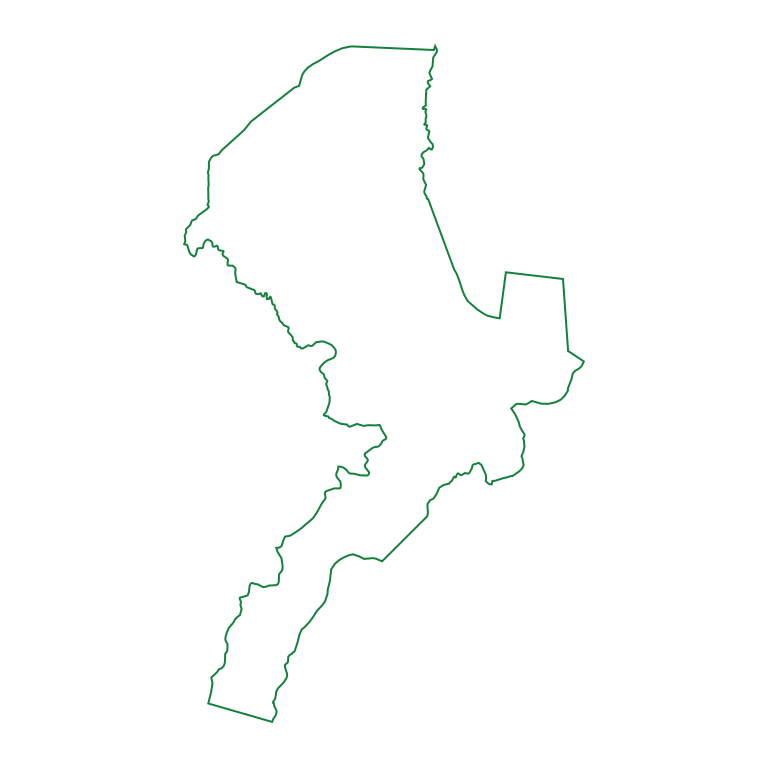 Marcala, La Paz, Honduras
{"feature_id": "27666195B78924696380449", "entity_name": "Marcala", "entity_type": "district", "adm_level": 2, "iso_a3": "HND", "parent_name": "Honduras", "parent_adm1": "La Paz", "projection": "robinson", "projection_center": [-88.047, 14.123], "detail": "fine", "context": "isolated", "style": "outline", "palette": "green", "viewbox_px": 768, "rotation_deg": 0, "n_neighbors": 0, "source": "geoboundaries", "source_scale": "gbopen_adm2", "svg_char_len": 6099}
<svg xmlns="http://www.w3.org/2000/svg" viewBox="0 0 768 768"><path d="M184.2,244.2L186.7,244.8L187.3,245.4L189.2,251.6L190.5,254.1L193.8,256.4L194.8,256.1L196.0,254.4L197.0,249.5L198.0,248.3L202.5,248.0L203.1,247.4L203.6,243.8L205.0,241.4L206.8,239.8L208.4,239.7L211.7,241.6L212.3,243.2L212.6,245.8L213.3,246.7L214.5,246.7L216.9,245.7L217.7,246.6L218.0,249.0L218.9,250.1L223.4,251.1L223.5,252.1L222.6,253.4L222.5,254.3L223.2,255.7L227.7,258.9L228.0,260.4L227.5,263.4L227.6,264.7L228.1,265.5L232.9,265.7L235.4,268.2L235.6,270.1L235.2,271.9L235.4,275.1L236.7,282.0L245.3,284.7L246.3,286.6L247.3,287.4L254.3,290.1L254.9,290.9L255.2,292.5L256.0,293.8L258.1,294.1L260.9,293.4L261.9,295.8L262.7,296.4L263.9,296.3L265.1,293.2L266.3,293.1L267.0,294.3L266.6,296.4L267.0,299.1L269.0,298.9L270.1,296.8L270.9,297.3L272.4,303.7L272.7,304.3L274.0,304.6L274.6,305.3L274.9,308.6L277.3,311.7L277.5,312.8L276.9,314.2L278.7,316.5L278.8,318.1L279.6,320.3L280.6,321.6L282.2,322.9L283.7,325.1L288.4,327.2L288.7,328.5L288.1,330.5L288.2,332.1L292.6,337.1L292.9,340.6L293.8,341.3L294.5,342.9L295.9,343.3L296.7,344.0L296.8,345.7L297.3,346.6L299.8,346.9L301.1,348.3L302.6,348.6L307.8,345.5L308.8,345.3L310.7,346.1L312.5,345.6L316.1,342.2L322.0,341.4L323.5,341.5L326.2,342.5L331.5,344.9L334.8,348.7L335.8,350.6L335.8,353.4L335.2,355.7L334.1,357.2L332.8,358.2L327.7,360.2L324.2,362.6L321.5,365.5L319.8,367.8L319.5,368.8L319.8,370.2L320.8,371.9L323.8,374.2L324.7,377.9L327.4,380.9L326.1,384.0L327.5,387.6L327.5,388.9L328.9,391.4L328.9,394.5L329.7,396.8L329.6,401.5L329.1,403.7L326.6,411.1L325.5,413.0L324.1,414.1L323.9,415.2L325.2,415.9L328.5,416.5L329.0,417.9L332.1,419.2L334.6,421.0L340.7,423.8L347.2,424.6L347.9,425.9L349.2,426.6L350.3,426.6L356.9,423.9L363.6,425.9L368.2,425.2L375.4,425.4L379.4,425.0L380.0,425.5L381.7,429.7L386.4,437.4L385.6,439.2L382.7,440.7L381.0,444.0L378.9,446.1L377.5,446.8L375.4,446.9L372.7,447.8L364.8,453.6L364.8,455.9L366.8,458.2L367.9,460.2L367.3,461.6L365.2,464.5L364.7,466.1L365.3,467.3L369.0,472.2L369.0,473.6L368.2,475.0L366.9,475.6L359.6,475.2L354.5,473.8L350.0,473.5L348.8,472.9L346.3,469.8L343.3,467.5L340.1,466.6L338.4,466.5L338.0,469.7L336.5,472.9L336.2,475.4L337.1,477.6L340.4,481.6L340.9,485.2L340.4,488.0L339.5,488.4L334.2,488.4L326.7,491.0L325.4,491.8L324.8,493.6L325.5,497.1L325.4,498.5L322.0,503.2L316.8,512.6L313.0,518.2L301.2,528.3L297.1,531.3L290.3,535.6L285.1,536.6L283.8,539.1L281.5,546.2L279.0,547.7L276.3,547.9L277.4,551.6L281.4,558.1L282.7,566.5L282.3,570.1L279.0,574.3L278.8,581.7L277.9,584.2L275.7,585.2L268.6,585.6L266.2,586.7L263.0,587.1L257.7,584.3L255.1,584.0L252.6,583.0L251.5,583.1L250.4,584.0L249.7,585.5L248.9,592.2L247.9,594.9L246.7,595.8L240.2,597.5L239.7,597.9L239.8,599.0L241.0,601.9L240.4,604.9L241.6,609.1L240.0,615.0L237.3,617.0L235.0,619.4L233.3,622.7L228.9,627.8L227.0,632.0L225.7,636.4L225.3,639.0L225.6,640.5L227.5,644.2L227.4,649.8L227.2,651.0L225.2,653.9L225.0,661.1L224.6,663.6L223.8,665.8L222.6,667.3L221.3,668.4L219.0,669.2L217.2,672.0L211.5,677.3L211.5,678.9L212.5,682.9L211.3,691.1L208.3,703.5L272.1,721.9L273.3,718.8L275.5,715.7L276.6,712.0L276.3,710.2L274.0,705.5L273.9,703.3L273.2,703.0L272.9,702.3L275.3,698.3L276.3,691.4L278.1,688.2L283.5,682.7L286.5,678.0L287.1,676.1L287.1,673.9L285.0,667.2L284.9,664.9L287.9,662.3L288.3,656.6L289.9,654.9L291.8,653.8L292.7,652.5L294.1,651.9L294.9,650.6L297.5,642.5L299.4,634.8L301.7,629.5L305.1,626.7L309.5,621.9L313.1,617.0L316.7,611.1L322.2,605.3L325.0,601.4L327.5,594.0L327.7,590.0L329.9,580.8L331.2,569.3L334.9,563.8L338.9,560.3L344.2,557.2L349.4,555.1L353.0,554.3L358.9,556.3L364.0,558.9L373.3,558.1L376.2,558.8L382.1,561.3L426.9,516.6L427.5,515.4L427.9,512.6L427.4,505.4L427.8,503.5L430.2,500.1L433.0,498.9L433.9,498.0L436.6,494.0L439.3,487.7L443.6,485.0L449.1,483.6L450.2,482.1L451.9,480.8L453.0,478.5L454.3,476.8L455.3,477.4L455.9,477.1L456.5,475.2L457.6,473.5L458.7,473.5L460.3,474.9L461.4,475.2L465.0,473.0L467.1,473.6L469.0,473.3L471.6,469.0L472.5,465.5L473.7,464.3L475.9,463.9L478.6,462.8L481.4,464.9L485.7,474.4L486.2,477.1L485.8,481.0L487.1,482.6L489.4,484.2L491.6,484.4L492.5,480.9L494.9,480.8L504.2,477.9L508.6,477.0L510.0,476.2L512.5,476.0L518.9,471.6L522.0,468.6L523.6,465.2L522.4,458.5L521.5,456.2L523.3,451.9L524.5,446.5L523.9,440.7L523.1,438.6L524.5,435.9L524.5,435.0L524.1,433.6L522.3,431.1L519.9,426.7L518.8,422.2L515.2,414.3L511.2,408.5L516.4,403.9L518.6,403.8L525.6,404.5L527.7,403.6L531.8,401.0L541.4,403.7L548.6,403.8L555.7,402.2L560.8,399.6L564.8,395.7L567.6,391.0L568.0,390.3L567.8,388.8L571.5,379.1L572.7,373.6L574.9,371.0L579.1,368.5L581.2,366.5L582.4,364.6L583.8,361.4L568.1,351.0L563.0,279.0L505.9,272.3L499.7,318.3L494.8,317.5L487.7,315.8L484.4,314.2L477.2,309.4L467.7,301.1L464.5,295.4L462.5,290.6L459.1,280.0L456.4,273.2L454.2,269.6L428.2,199.2L426.8,198.5L426.6,196.6L424.4,193.0L424.3,191.1L426.1,184.9L423.3,179.3L423.5,174.9L423.2,173.3L419.4,169.0L419.8,168.2L422.2,167.7L424.3,164.2L423.5,159.1L422.9,158.0L422.0,157.3L421.5,156.2L421.5,155.0L421.9,154.0L423.5,152.2L426.7,150.3L429.0,147.9L431.2,149.5L431.8,149.4L432.5,148.4L432.9,146.7L432.6,144.1L430.9,142.4L427.9,138.0L429.3,131.2L428.8,130.6L427.3,130.1L426.4,129.0L426.3,128.1L427.2,125.8L427.0,125.2L426.2,124.7L424.9,124.8L424.3,124.3L425.6,122.6L425.7,118.2L426.4,116.9L426.3,115.1L425.4,111.9L426.2,109.5L425.2,108.8L423.2,109.0L422.7,108.3L423.5,107.0L425.9,105.4L425.7,101.5L426.3,89.7L430.2,86.2L427.7,82.7L428.0,81.1L430.7,80.0L432.0,78.9L429.7,73.9L429.5,72.5L430.0,70.9L432.5,66.5L433.3,57.3L436.4,52.6L436.9,51.4L437.0,49.9L435.1,46.1L433.9,50.0L351.7,46.4L349.5,46.7L342.1,48.3L334.6,51.5L327.7,55.3L319.7,60.5L312.8,64.2L308.0,67.5L304.2,71.6L302.2,75.0L299.1,85.9L294.2,87.7L250.8,121.7L244.1,130.1L221.6,150.4L218.6,154.3L212.9,155.9L211.3,157.5L208.9,161.8L208.9,168.7L207.9,172.5L208.6,175.9L208.3,177.6L208.7,184.5L208.2,188.0L208.4,199.5L208.8,201.6L207.5,204.8L208.8,206.3L208.8,207.0L207.1,209.0L198.2,215.4L195.7,219.1L192.3,220.3L191.4,221.7L190.3,225.0L186.4,228.8L185.9,230.0L186.3,232.2L184.7,235.4L185.3,241.4L184.2,244.2Z" fill="none" stroke="#15803d" stroke-width="2"/></svg>